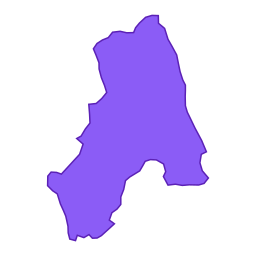 the district of Holambra, São Paulo, Brazil
{"feature_id": "56859067B86866322913045", "entity_name": "Holambra", "entity_type": "district", "adm_level": 2, "iso_a3": "BRA", "parent_name": "Brazil", "parent_adm1": "São Paulo", "projection": "robinson", "projection_center": [-47.067, -22.63], "detail": "fine", "context": "isolated", "style": "filled", "palette": "violet", "viewbox_px": 256, "rotation_deg": 0, "n_neighbors": 0, "source": "geoboundaries", "source_scale": "gbopen_adm2", "svg_char_len": 1195}
<svg xmlns="http://www.w3.org/2000/svg" viewBox="0 0 256 256"><path d="M76.7,138.5L83.1,144.1L79.6,154.3L61.4,174.1L56.5,172.4L51.1,172.1L47.8,176.1L47.6,185.7L52.7,190.8L57.3,193.9L60.4,203.9L63.5,210.7L65.8,216.2L68.0,226.3L68.2,232.9L69.8,239.1L75.5,240.6L77.3,235.3L83.9,237.6L89.0,234.6L92.4,238.2L97.2,238.0L101.4,235.6L114.4,223.8L109.3,220.1L111.9,212.7L117.0,209.1L120.8,204.4L120.8,196.9L123.7,189.5L125.5,180.6L129.7,177.0L139.7,170.9L142.6,166.0L145.2,161.3L150.3,159.6L156.4,159.9L163.6,164.0L165.7,171.7L163.4,176.5L168.0,185.1L175.4,184.2L182.3,185.4L189.3,184.8L198.7,185.0L204.1,183.4L208.4,178.0L202.3,170.8L199.9,162.8L201.3,154.3L206.4,151.8L201.7,140.6L194.9,127.9L190.1,117.9L187.3,112.2L185.4,105.8L185.2,96.4L185.4,90.6L185.4,85.1L182.8,80.0L180.1,71.7L178.3,63.1L176.7,55.0L172.1,46.5L168.0,39.3L164.6,28.4L158.5,23.3L158.3,15.6L152.0,15.4L145.6,17.3L139.5,23.0L135.6,27.7L133.6,32.6L126.8,32.8L120.1,31.3L112.6,32.2L108.3,37.6L102.4,40.0L97.0,43.5L93.4,48.8L96.0,55.0L99.0,62.8L99.1,69.0L101.4,77.7L104.5,85.4L106.7,92.5L101.8,98.5L96.2,103.5L88.8,104.3L89.6,114.5L90.0,123.0L85.4,128.9L81.1,136.1L76.7,138.5Z" fill="#8b5cf6" stroke="#5b21b6" stroke-width="1.5"/></svg>